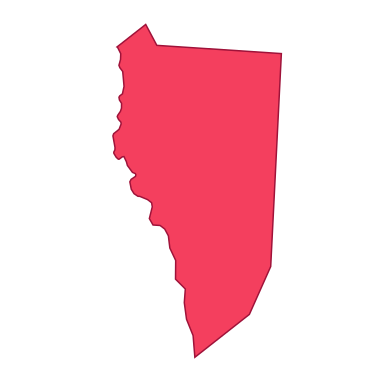 outline of Zapata, Texas, United States of America, rotated 3°
{"feature_id": "52423323B38699112518848", "entity_name": "Zapata", "entity_type": "district", "adm_level": 2, "iso_a3": "USA", "parent_name": "United States of America", "parent_adm1": "Texas", "projection": "equal_earth", "projection_center": [-99.362, 26.945], "detail": "fine", "context": "isolated", "style": "filled", "palette": "rose", "viewbox_px": 384, "rotation_deg": 3, "n_neighbors": 0, "source": "geoboundaries", "source_scale": "gbopen_adm2", "svg_char_len": 947}
<svg xmlns="http://www.w3.org/2000/svg" viewBox="0 0 384 384"><g transform="rotate(3 192 192)"><path d="M109.5,51.1L110.1,51.4L113.6,57.6L113.7,63.4L112.4,69.3L113.5,71.7L116.5,75.3L118.6,90.1L117.4,97.6L114.8,99.8L114.1,101.2L114.7,103.9L117.0,107.1L117.2,112.0L116.3,115.2L113.8,119.3L113.4,120.7L114.9,123.5L117.3,125.9L117.7,127.7L115.9,133.2L110.7,137.9L110.1,140.1L112.8,151.7L112.8,154.0L111.8,156.3L112.0,157.6L114.5,161.3L116.7,163.1L117.6,163.0L120.6,160.5L122.2,160.2L124.9,165.2L126.1,168.9L131.5,175.5L134.4,176.6L135.0,177.6L134.8,179.3L130.5,182.6L129.4,185.1L131.2,192.4L134.2,196.7L138.2,199.1L140.1,199.1L148.0,201.9L152.2,204.8L153.1,208.9L150.8,220.8L154.8,227.0L161.9,227.1L166.7,230.4L170.7,237.0L172.8,249.1L179.3,261.2L180.1,279.9L190.4,289.2L190.1,302.9L193.2,319.4L200.6,335.3L203.5,356.9L255.7,311.2L274.5,262.3L274.0,49.1L149.2,47.4L137.0,27.1L109.5,51.1Z" fill="#f43f5e" stroke="#9f1239" stroke-width="1.5"/></g></svg>